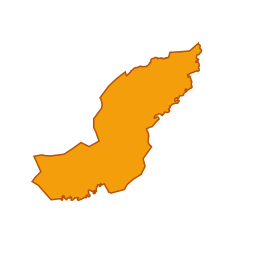 outline of Orxon, Bulgan, Mongolia, rotated 321°
{"feature_id": "93677404B53654733143860", "entity_name": "Orxon", "entity_type": "district", "adm_level": 2, "iso_a3": "MNG", "parent_name": "Mongolia", "parent_adm1": "Bulgan", "projection": "equal_earth", "projection_center": [103.912, 48.721], "detail": "fine", "context": "isolated", "style": "filled", "palette": "amber", "viewbox_px": 256, "rotation_deg": 321, "n_neighbors": 0, "source": "geoboundaries", "source_scale": "gbopen_adm2", "svg_char_len": 5806}
<svg xmlns="http://www.w3.org/2000/svg" viewBox="0 0 256 256"><g transform="rotate(321 128 128)"><path d="M208.2,95.6L204.2,98.5L203.5,98.6L202.9,98.3L202.8,97.9L202.5,97.9L202.2,97.6L201.5,97.6L201.4,97.2L200.7,97.3L200.2,97.0L199.9,97.1L199.8,96.8L199.6,96.8L199.5,96.3L198.8,95.9L198.7,95.6L198.5,95.4L198.3,95.4L198.4,95.2L198.1,95.1L198.0,94.7L197.8,94.3L197.4,94.3L197.0,93.9L195.4,93.2L195.4,92.7L195.1,92.2L194.8,92.0L194.7,92.1L194.7,91.8L194.5,91.7L194.2,91.3L194.2,90.8L193.4,90.4L193.2,90.1L192.5,90.2L191.4,89.7L191.0,89.7L190.6,89.4L189.3,89.1L189.1,89.4L188.6,89.6L188.0,90.4L187.7,90.4L187.0,90.7L186.6,91.1L186.4,91.1L186.4,91.3L185.9,91.0L185.5,91.2L185.4,91.4L185.2,91.3L184.8,91.5L184.3,91.8L182.4,91.9L181.4,91.5L180.8,91.7L180.1,91.3L179.9,90.9L179.4,90.5L179.1,90.4L178.5,90.0L178.4,89.9L178.0,89.8L177.8,89.4L177.5,89.0L176.8,88.4L176.7,88.1L176.8,87.9L176.2,87.8L175.4,87.3L174.7,87.3L173.5,86.9L172.6,86.4L172.1,86.3L171.9,85.9L171.0,85.7L170.6,85.4L169.9,85.4L169.4,85.5L169.1,85.7L168.9,85.6L168.0,85.7L167.2,85.7L166.9,85.5L166.5,85.4L165.8,85.7L165.8,85.9L164.8,86.1L164.3,86.1L163.4,86.3L162.7,86.2L161.6,86.5L161.0,86.4L160.1,86.5L159.7,86.3L161.1,82.7L149.4,82.5L139.5,83.3L125.3,86.9L125.5,87.5L125.5,87.8L125.0,88.9L124.4,89.7L124.1,91.0L122.4,93.7L120.2,95.8L118.4,96.5L117.6,96.5L116.4,96.8L110.0,98.6L107.3,99.1L101.7,106.0L100.5,110.9L97.2,120.0L86.1,118.0L82.3,109.7L72.8,109.2L61.7,108.1L52.9,102.6L51.0,101.6L46.7,97.8L43.9,94.5L37.1,90.8L32.8,107.1L24.7,108.0L19.9,109.3L20.2,109.6L20.1,110.3L21.2,113.1L22.3,116.5L22.4,121.7L23.1,135.4L29.8,139.6L30.5,140.4L31.2,140.9L31.2,141.4L31.0,142.1L31.3,142.6L31.7,142.6L32.6,142.2L32.7,141.7L32.6,140.9L33.1,140.7L33.6,141.0L34.1,140.9L34.2,140.4L33.9,139.8L33.9,139.7L34.5,139.7L35.4,140.4L35.5,140.6L35.6,140.9L34.6,142.0L34.5,142.5L34.6,143.2L34.9,143.8L34.9,144.6L35.0,144.9L35.2,145.1L35.5,145.0L35.8,144.9L35.9,144.4L36.1,144.3L36.8,144.2L37.2,144.4L37.9,144.9L38.1,145.2L38.2,145.6L38.6,145.8L38.8,145.7L39.8,144.9L40.0,144.9L40.2,145.7L40.1,146.5L39.6,147.2L38.6,148.0L38.5,148.4L39.2,149.0L40.0,149.3L41.7,149.1L42.8,148.8L43.3,149.5L43.8,149.9L45.4,150.6L45.5,150.9L45.1,151.3L44.6,151.4L43.8,151.8L43.7,152.1L43.7,152.6L44.0,152.9L45.1,153.5L46.3,153.5L47.2,154.1L50.3,154.6L50.8,154.8L51.1,155.5L51.5,155.8L51.9,155.8L52.3,155.5L52.5,155.2L53.0,154.0L53.5,153.9L53.9,154.4L54.2,155.3L54.1,155.6L53.8,155.9L53.8,156.4L54.5,157.0L55.4,157.0L56.0,156.7L56.3,156.0L56.3,155.2L56.0,154.3L56.0,153.9L56.9,153.4L57.7,151.8L58.4,151.6L59.6,152.9L59.8,153.9L60.4,155.0L61.0,155.3L62.4,155.6L62.7,155.8L62.7,156.0L61.8,156.4L60.5,156.4L60.0,156.7L59.9,157.0L60.0,157.5L60.4,157.8L60.8,157.9L61.6,157.9L62.1,157.7L62.8,157.3L63.6,157.3L64.5,155.8L65.3,155.0L66.3,154.2L67.6,154.3L67.8,154.2L68.0,153.6L68.6,153.0L68.9,153.1L69.8,153.9L69.9,154.5L69.3,155.3L69.3,155.6L69.6,155.8L70.0,155.8L70.7,155.6L70.8,155.3L70.8,154.9L70.7,154.3L71.1,154.1L71.6,154.1L71.9,154.5L72.0,155.3L72.2,155.8L74.4,156.4L72.7,165.9L73.9,167.9L86.4,173.5L91.8,171.4L99.9,171.1L109.0,172.3L117.1,168.6L120.4,161.4L134.5,157.4L134.4,155.4L134.1,155.0L134.1,154.4L134.1,153.9L134.5,152.8L134.5,152.2L134.8,151.6L135.6,150.7L136.2,149.9L136.7,149.6L137.1,149.1L138.1,148.3L138.3,147.9L138.7,147.7L139.5,146.7L139.7,146.4L139.6,146.2L140.1,145.8L140.1,145.4L140.6,144.4L140.5,144.2L140.5,143.5L141.0,143.0L140.9,142.6L141.1,142.1L141.2,141.7L141.4,141.2L141.8,140.8L141.9,140.3L145.5,141.1L147.6,142.1L154.2,140.9L155.8,140.7L157.5,140.7L157.8,140.6L158.2,139.3L158.2,138.4L157.9,137.9L157.4,137.5L156.7,137.3L155.2,137.2L154.8,137.0L154.7,136.9L154.8,136.5L155.1,136.2L155.6,136.1L156.3,135.6L157.3,135.4L157.8,135.5L159.6,136.5L160.4,136.3L161.3,136.6L161.7,136.9L162.0,137.5L162.3,139.6L162.5,139.9L162.9,139.8L163.4,139.5L164.2,139.6L164.7,139.5L166.5,138.7L166.8,139.0L168.1,140.5L169.2,141.1L169.7,141.2L170.5,141.2L171.1,140.9L171.3,140.6L171.4,140.3L171.4,139.9L171.0,139.6L171.1,139.2L171.9,138.8L172.6,138.9L173.0,138.8L173.3,138.5L173.8,138.3L173.9,137.6L174.1,137.4L174.7,137.7L175.3,137.6L176.0,137.6L177.0,137.4L178.1,137.7L178.6,137.8L179.1,138.2L180.3,138.4L181.0,139.1L182.2,139.9L182.8,139.9L183.7,139.5L184.3,139.5L184.8,139.1L184.9,138.6L184.7,138.2L183.9,137.5L183.0,137.0L182.2,137.0L181.8,136.9L181.6,136.3L181.7,136.0L182.4,135.2L182.9,134.9L183.5,134.8L183.8,134.8L184.1,135.0L184.6,134.9L185.0,135.1L185.1,135.4L184.7,135.8L184.7,136.0L184.9,136.4L185.3,136.6L185.9,136.7L186.9,136.4L187.7,135.7L188.6,135.6L188.8,135.6L189.5,136.4L190.5,137.1L191.8,137.2L192.2,137.1L192.6,136.7L193.3,136.3L194.6,136.1L195.9,136.5L196.4,136.4L196.6,136.1L196.1,134.7L196.1,134.4L197.4,134.1L197.8,134.3L197.9,134.6L197.1,134.8L197.0,135.0L197.0,135.6L197.2,135.9L197.5,136.1L200.2,136.3L201.2,136.1L202.3,136.8L202.8,136.8L203.9,136.2L203.9,135.6L203.7,135.1L204.4,134.7L205.1,133.3L206.4,132.6L206.8,132.0L206.9,131.8L206.6,131.5L206.5,131.2L207.0,130.8L207.7,129.5L207.9,128.6L208.5,127.7L208.7,126.7L208.0,126.0L207.7,126.0L206.9,126.5L206.6,126.4L206.9,125.8L207.5,125.4L207.7,124.4L208.0,123.9L209.3,124.7L210.8,124.7L212.8,125.4L213.9,126.0L215.4,126.1L216.6,126.5L217.2,126.9L217.7,127.7L218.1,128.0L219.5,128.0L220.1,127.5L220.4,127.0L220.4,125.7L220.8,125.3L222.5,124.6L223.6,122.6L224.0,120.7L223.3,120.1L222.2,119.8L222.1,119.7L222.3,119.3L223.1,118.8L223.8,119.2L224.5,119.4L224.9,119.5L226.0,119.1L226.0,118.9L225.8,118.3L225.5,117.9L225.0,117.5L224.8,117.3L224.8,117.2L225.8,116.0L227.2,114.8L227.9,114.6L228.9,115.5L229.2,115.6L230.2,115.1L230.9,115.0L231.7,115.2L233.4,114.5L233.9,113.9L234.2,113.1L234.0,112.0L234.0,111.1L235.4,110.0L235.8,109.6L236.0,109.0L236.0,108.6L235.6,107.9L235.6,107.6L235.7,106.9L236.1,106.4L224.3,106.9L215.1,100.6L208.2,95.6Z" fill="#f59e0b" stroke="#b45309" stroke-width="1.5"/></g></svg>